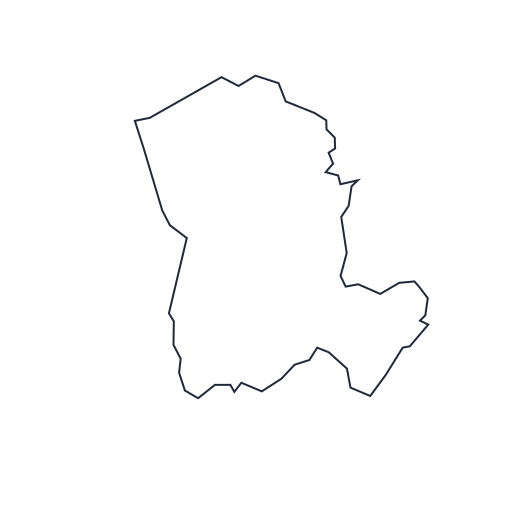 outline of Carter, Kentucky, United States of America, rotated 235°
{"feature_id": "52423323B71495189407297", "entity_name": "Carter", "entity_type": "district", "adm_level": 2, "iso_a3": "USA", "parent_name": "United States of America", "parent_adm1": "Kentucky", "projection": "albers", "projection_center": [-83.1, 38.336], "detail": "fine", "context": "isolated", "style": "outline", "palette": "slate", "viewbox_px": 512, "rotation_deg": 235, "n_neighbors": 0, "source": "geoboundaries", "source_scale": "gbopen_adm2", "svg_char_len": 893}
<svg xmlns="http://www.w3.org/2000/svg" viewBox="0 0 512 512"><g transform="rotate(235 256 256)"><path d="M339.7,385.9L365.6,369.0L384.6,373.6L404.0,359.0L405.3,339.2L422.3,330.3L430.1,248.2L436.2,234.3L407.3,225.3L347.0,205.3L330.6,203.1L310.4,209.6L259.0,151.8L249.6,151.2L230.5,137.4L215.1,135.4L204.4,126.0L186.6,120.6L172.7,127.0L174.0,148.5L165.1,161.1L157.1,160.3L160.6,171.3L141.8,183.1L140.9,206.5L144.8,225.3L140.2,240.1L145.8,253.5L135.4,260.4L111.6,265.9L94.0,257.9L75.8,269.3L84.3,294.4L96.8,323.6L93.8,330.2L101.0,357.7L109.0,353.3L110.3,360.7L122.9,372.5L137.0,372.0L144.3,371.2L151.9,357.9L153.7,336.0L174.2,323.5L179.5,311.9L191.1,313.8L206.4,332.0L239.1,348.2L243.9,360.6L258.3,374.3L259.6,382.8L266.4,366.3L274.8,369.5L284.7,361.2L287.5,372.1L299.0,374.8L298.7,382.5L307.8,388.4L319.3,386.4L326.9,391.4L339.7,385.9Z" fill="none" stroke="#1e293b" stroke-width="2"/></g></svg>